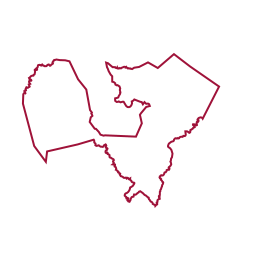 outline of San Juan Cieneguilla, Oaxaca, Mexico, rotated 168°
{"feature_id": "50627088B28176003338085", "entity_name": "San Juan Cieneguilla", "entity_type": "district", "adm_level": 2, "iso_a3": "MEX", "parent_name": "Mexico", "parent_adm1": "Oaxaca", "projection": "orthographic", "projection_center": [-98.27, 17.875], "detail": "fine", "context": "isolated", "style": "outline", "palette": "rose", "viewbox_px": 256, "rotation_deg": 168, "n_neighbors": 0, "source": "geoboundaries", "source_scale": "gbopen_adm2", "svg_char_len": 5871}
<svg xmlns="http://www.w3.org/2000/svg" viewBox="0 0 256 256"><g transform="rotate(168 128 128)"><path d="M135.8,196.5L135.9,191.9L135.4,190.0L135.1,187.7L133.9,183.9L132.7,181.9L133.8,176.6L132.2,175.7L131.2,174.4L131.3,173.1L130.2,172.1L129.3,172.1L128.6,171.3L127.7,170.5L127.4,168.3L128.1,166.9L128.0,164.5L128.4,164.2L128.4,163.5L128.9,162.7L130.3,161.3L131.2,159.9L132.8,159.7L134.4,159.7L134.8,158.1L134.8,157.1L133.6,155.8L132.0,155.7L131.5,155.9L130.0,154.7L127.4,154.8L126.8,154.5L125.2,149.9L124.1,148.6L122.7,148.2L121.5,148.4L120.6,149.0L119.9,149.7L118.9,151.3L118.8,153.2L117.1,153.7L115.9,154.6L110.6,151.1L109.2,150.5L108.5,148.1L106.5,149.9L105.2,147.9L103.3,147.7L102.4,146.9L102.1,145.0L105.8,144.8L112.3,139.7L113.6,138.4L113.5,129.7L122.0,117.9L152.0,125.6L153.5,125.6L156.3,127.2L157.4,130.3L159.5,133.8L160.7,134.2L164.2,141.9L162.2,146.2L160.3,147.3L160.5,148.9L160.9,149.7L160.1,150.6L161.4,153.4L160.8,174.3L166.7,186.0L171.4,205.4L175.4,207.3L180.6,208.6L183.9,209.9L185.2,209.7L186.0,209.9L186.9,209.2L187.1,208.6L187.5,208.6L188.1,208.0L188.3,207.5L188.0,206.8L188.1,206.6L188.4,206.6L189.2,206.1L189.9,205.9L190.9,205.1L191.4,205.2L191.4,205.5L191.9,205.8L192.3,206.6L193.5,206.5L193.9,206.1L194.4,206.0L194.9,205.5L196.4,205.7L196.9,205.9L197.1,206.3L197.8,206.6L198.7,207.9L199.5,207.1L199.8,207.1L199.8,207.6L201.3,208.0L201.5,208.2L202.7,208.2L203.0,208.0L203.9,206.0L205.3,205.4L205.9,204.9L205.7,204.5L204.8,204.6L204.7,204.3L205.0,203.8L205.6,203.8L206.2,204.2L207.0,204.4L207.2,204.2L207.2,202.2L207.7,201.2L208.1,200.1L208.4,199.8L209.3,199.6L209.7,198.9L210.9,199.1L212.1,198.9L213.9,197.6L214.4,197.5L214.1,195.8L213.9,196.1L213.3,195.9L212.8,195.3L212.6,194.7L212.8,194.4L213.2,194.4L213.5,195.2L214.1,195.3L215.1,194.1L215.2,193.2L215.0,192.5L214.5,191.5L216.0,191.2L215.6,188.9L215.9,188.7L216.9,188.6L217.3,188.3L217.7,188.1L218.1,188.3L218.8,189.0L219.1,188.9L219.4,188.1L220.2,187.3L220.3,187.0L219.9,186.4L219.9,186.1L220.2,185.9L221.7,185.6L221.1,183.3L221.2,183.2L222.1,183.8L222.3,183.8L223.4,182.8L225.7,173.7L223.5,129.9L215.4,112.0L212.0,121.9L180.6,122.4L164.0,123.7L163.7,123.0L163.8,121.6L164.0,121.1L163.8,120.5L163.1,119.6L163.0,119.0L163.5,118.0L162.7,117.1L161.9,117.0L160.4,117.2L160.0,117.0L159.7,116.4L158.6,115.4L157.9,115.3L156.8,114.8L156.1,114.9L155.0,116.1L153.3,116.6L153.1,116.3L152.9,115.2L153.8,114.1L153.5,113.0L152.5,112.5L152.4,112.0L152.9,111.8L153.3,110.8L153.5,110.6L154.4,110.6L154.9,109.6L155.0,108.7L154.9,108.4L154.2,107.8L153.4,108.2L153.1,107.8L153.1,106.6L152.3,106.1L151.7,105.3L152.1,103.6L151.9,103.0L150.8,102.4L150.4,101.7L149.7,101.3L148.7,100.4L148.5,99.6L148.7,99.2L149.2,99.0L149.6,98.5L149.6,97.8L149.1,97.0L149.2,96.3L150.5,95.6L148.3,94.9L148.4,94.3L149.1,93.6L149.1,93.3L149.1,93.1L148.1,92.2L148.0,90.5L148.5,89.7L148.1,89.5L147.5,88.4L146.7,87.6L146.6,87.4L146.9,87.0L146.9,86.7L146.2,86.4L145.9,85.3L145.3,85.2L145.1,85.0L145.2,84.7L145.7,84.2L145.1,82.4L144.7,82.3L143.2,81.2L142.8,80.5L142.2,80.0L140.3,79.9L139.9,78.8L139.6,78.9L138.9,79.4L138.7,79.3L138.2,78.9L137.8,77.8L137.5,77.8L136.4,78.2L136.7,77.3L136.7,76.8L135.7,75.7L135.7,74.9L135.5,74.5L134.9,73.9L133.4,73.2L133.2,72.8L133.6,72.1L135.3,70.4L136.9,69.7L138.2,69.4L138.6,68.8L138.6,68.4L139.7,66.7L141.1,65.4L142.8,64.6L143.9,64.5L144.4,64.2L144.9,63.6L145.3,62.5L144.6,61.4L144.2,61.1L144.2,59.7L143.0,59.8L142.4,59.2L143.5,58.1L143.7,57.7L143.6,57.4L142.8,57.2L143.0,56.2L142.7,56.0L142.3,56.5L141.7,55.7L140.4,57.2L140.4,57.8L138.9,59.5L138.5,59.7L136.9,59.7L135.9,61.7L134.4,61.2L133.6,61.5L132.2,62.4L131.2,62.7L130.8,63.0L130.5,63.4L129.2,63.6L127.0,61.2L125.7,59.1L124.6,58.3L123.3,56.5L122.3,55.6L122.5,55.1L122.3,54.8L122.3,54.0L121.6,52.9L121.4,51.9L121.0,51.2L120.4,51.0L119.7,50.0L119.5,49.2L119.6,48.6L118.4,47.6L118.0,47.5L117.5,46.8L117.5,46.1L116.3,47.0L115.4,47.2L115.2,47.5L115.2,47.8L115.4,48.0L115.6,48.8L115.4,49.2L114.9,49.2L114.5,49.6L114.3,51.0L114.0,51.4L112.8,52.0L111.7,52.1L111.6,52.8L112.0,53.3L112.1,53.8L112.0,54.9L111.9,55.0L111.3,54.6L110.7,56.2L110.1,59.0L109.6,59.3L109.3,60.5L108.4,61.4L107.5,63.1L106.9,63.7L106.5,65.0L105.5,66.0L104.9,67.2L105.0,67.8L105.5,68.0L105.8,69.4L106.6,70.5L106.2,71.2L106.6,71.9L107.2,72.2L107.4,73.2L107.1,73.5L106.9,74.1L105.6,74.5L105.3,74.9L104.5,74.5L103.9,74.3L102.9,74.8L102.1,75.7L101.6,76.8L100.9,77.0L100.3,76.9L99.3,77.8L98.9,78.8L97.1,79.0L96.7,78.6L96.2,79.0L95.9,79.6L95.9,79.8L96.4,80.3L96.5,80.7L96.2,81.2L95.5,81.4L94.1,82.4L93.3,83.4L93.2,84.8L93.5,86.3L93.0,86.8L92.2,89.1L91.1,90.2L89.8,93.7L90.1,97.4L90.9,99.2L91.4,99.9L92.4,100.8L92.7,101.6L92.4,102.6L91.3,104.2L88.6,105.5L86.3,105.7L85.7,106.3L85.3,107.2L83.9,108.1L83.1,108.0L82.6,107.6L82.0,107.5L81.4,107.8L80.8,107.3L80.5,107.3L80.1,107.4L79.5,108.1L78.6,108.4L77.1,108.3L76.4,108.0L75.5,108.8L74.1,108.3L73.7,108.5L73.3,108.7L72.9,109.5L72.6,112.8L71.0,112.5L69.7,111.4L69.3,110.7L68.9,110.5L68.4,110.7L68.0,111.0L67.5,112.7L67.2,113.2L66.3,113.2L65.5,113.7L64.9,113.8L64.2,114.6L62.7,114.9L62.4,115.1L62.5,115.6L63.8,117.4L63.8,117.7L63.5,118.1L63.2,117.9L62.7,117.9L61.8,117.6L60.6,116.4L60.0,116.5L59.9,116.9L60.1,117.6L59.5,119.5L59.3,119.7L58.9,119.1L58.7,119.1L57.6,120.1L57.5,120.6L57.8,120.6L58.2,121.9L57.3,122.7L56.9,123.0L56.2,123.2L54.6,123.3L54.0,123.0L53.2,122.2L53.0,121.6L30.3,149.6L54.5,175.3L67.7,190.7L86.4,180.5L94.8,188.0L104.5,185.4L109.4,185.7L111.7,184.8L112.6,185.2L112.9,185.5L113.1,185.4L113.5,185.5L113.8,185.9L114.5,186.0L115.0,186.4L115.6,186.6L115.8,186.4L116.5,187.3L117.1,187.4L117.0,187.5L117.1,188.2L117.5,188.1L118.1,188.3L119.0,188.7L121.6,188.2L122.0,188.2L122.5,187.8L123.2,188.1L123.6,188.1L124.1,188.5L124.6,188.1L125.6,188.3L125.9,188.7L126.0,189.4L126.4,188.9L126.9,189.0L127.4,189.3L128.1,190.3L128.8,190.2L129.8,190.7L130.4,190.7L134.1,195.5L135.8,196.5Z" fill="none" stroke="#9f1239" stroke-width="2"/></g></svg>